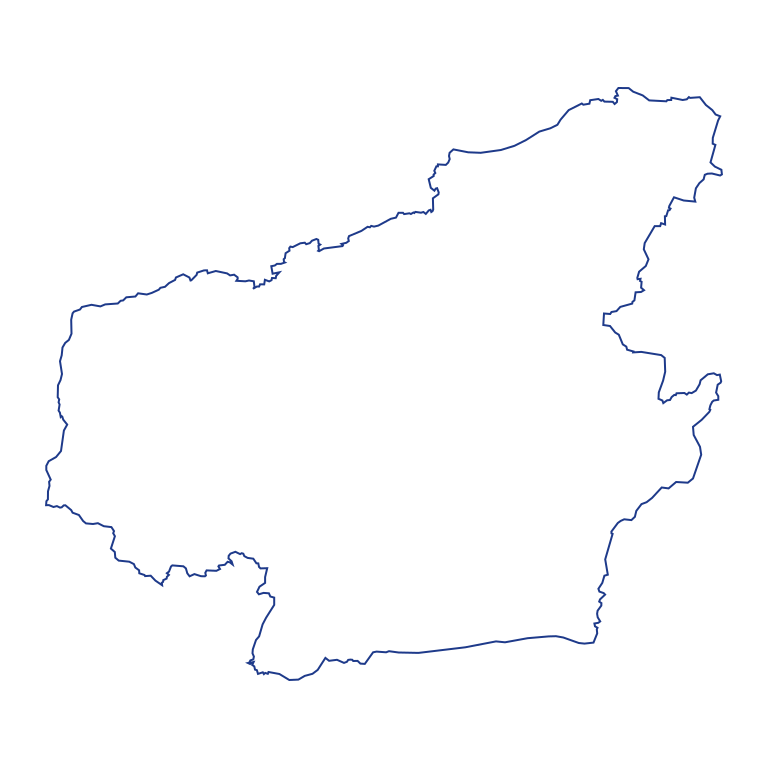 Magetan, Jawa Timur, Indonesia
{"feature_id": "22746128B43524249433579", "entity_name": "Magetan", "entity_type": "district", "adm_level": 2, "iso_a3": "IDN", "parent_name": "Indonesia", "parent_adm1": "Jawa Timur", "projection": "mercator", "projection_center": [111.326, -7.653], "detail": "fine", "context": "isolated", "style": "outline", "palette": "blue", "viewbox_px": 768, "rotation_deg": 0, "n_neighbors": 0, "source": "geoboundaries", "source_scale": "gbopen_adm2", "svg_char_len": 6057}
<svg xmlns="http://www.w3.org/2000/svg" viewBox="0 0 768 768"><path d="M46.1,505.2L48.9,505.1L53.5,507.0L56.9,506.1L60.0,507.6L61.7,507.3L63.7,505.4L65.4,505.3L71.2,510.1L72.6,512.7L78.9,515.0L83.1,521.0L86.0,523.4L93.0,524.0L97.9,523.2L103.8,526.2L111.4,527.1L114.0,531.1L113.2,533.2L114.9,536.2L110.9,548.6L114.8,552.0L115.3,557.7L118.7,560.6L129.3,561.7L133.9,564.1L135.3,567.5L139.1,570.3L139.3,573.3L144.5,575.0L145.1,576.1L150.7,575.7L155.4,580.6L162.1,585.2L161.8,582.8L163.1,581.8L163.3,580.1L166.6,578.6L166.9,576.8L168.9,574.9L166.9,573.2L169.0,571.6L171.0,566.5L172.3,565.4L183.4,566.3L185.9,568.4L187.3,573.3L189.6,576.3L194.4,574.1L201.0,576.2L204.9,576.3L205.9,575.5L205.3,572.8L206.6,570.4L216.4,570.8L220.0,569.0L218.4,566.4L219.0,565.5L224.8,564.8L227.6,561.8L229.8,562.3L232.6,564.5L231.6,561.3L228.5,558.4L228.7,555.8L230.5,553.6L235.4,551.8L240.1,554.1L241.7,553.2L243.3,553.7L244.3,556.1L247.6,557.9L253.3,558.7L256.4,563.3L258.3,563.4L259.0,566.9L260.5,568.4L267.2,568.2L265.1,577.1L265.1,582.9L259.5,586.7L257.0,591.9L258.9,594.3L263.5,592.9L268.9,593.3L270.3,596.5L274.2,597.6L274.2,604.9L266.1,617.7L262.6,624.4L259.1,636.4L256.0,640.0L252.8,649.4L252.5,653.3L253.9,656.6L253.3,659.4L250.4,660.4L249.2,662.7L248.0,663.0L250.1,664.0L251.4,662.5L253.6,662.0L252.2,664.9L254.3,666.4L255.0,669.6L256.9,670.2L258.0,673.9L262.8,672.3L263.9,674.1L265.2,672.9L267.8,673.8L268.5,672.0L279.4,674.0L289.3,680.0L298.4,679.6L304.7,675.9L312.5,673.8L317.7,669.9L325.4,657.9L329.1,660.8L337.0,659.8L344.0,662.9L346.9,661.8L348.2,659.9L350.5,659.6L352.3,659.8L353.2,661.0L357.6,660.9L360.4,663.6L364.8,663.9L373.1,652.3L376.6,651.6L386.1,652.3L389.0,651.2L398.6,652.5L418.5,652.9L465.3,647.3L496.0,641.4L505.0,642.3L527.6,638.2L548.7,636.4L556.0,636.2L563.3,637.5L578.8,643.0L584.5,643.6L593.5,642.6L597.2,633.4L596.8,629.3L597.5,627.8L595.0,626.3L594.4,623.5L598.3,622.8L600.2,621.4L597.7,617.3L597.1,613.8L597.6,610.7L601.3,605.6L601.4,603.1L599.2,601.6L600.0,599.4L605.1,594.6L603.7,593.1L599.4,591.6L598.4,588.8L602.3,582.9L604.4,575.7L607.8,574.7L605.2,559.4L612.6,533.9L611.5,533.4L611.4,531.6L617.8,523.0L620.7,520.9L624.2,519.3L631.4,520.1L634.9,516.8L636.3,510.9L641.5,504.1L646.6,502.2L652.1,497.9L661.7,487.5L668.6,488.4L676.1,482.0L687.8,482.7L693.0,478.5L701.2,454.7L700.0,446.8L693.7,435.0L693.0,426.8L701.7,419.8L709.3,411.9L710.3,409.8L709.4,409.2L710.4,405.3L712.2,401.8L713.8,400.5L718.3,399.8L718.3,396.2L716.1,392.6L717.7,384.7L720.6,382.7L721.2,381.3L719.8,374.6L717.0,375.1L713.8,373.3L707.8,374.3L700.6,380.3L699.6,384.3L695.9,390.6L691.7,393.1L688.9,392.6L686.8,394.6L684.4,393.0L676.5,393.3L675.8,395.1L674.3,394.9L671.7,397.0L670.0,400.0L667.1,400.3L663.3,403.1L662.4,400.5L658.5,398.8L658.8,392.4L663.1,380.6L665.2,371.7L664.7,357.9L661.2,355.1L641.3,351.9L633.2,352.4L633.5,351.5L627.1,349.7L626.3,346.6L622.8,344.4L618.8,334.7L615.2,332.5L610.0,326.0L603.3,325.0L604.0,313.5L610.2,314.0L611.5,312.0L616.5,311.1L620.3,306.9L632.2,303.6L632.5,301.8L634.4,300.4L635.6,292.3L641.0,292.0L644.0,290.2L641.1,287.7L641.6,281.8L640.0,280.9L640.5,278.8L637.6,279.2L637.3,277.9L639.1,271.7L645.8,266.0L648.5,259.3L643.8,249.3L644.7,243.1L654.7,226.1L660.2,226.1L661.1,223.2L665.1,224.5L664.9,216.3L666.3,216.1L668.1,210.3L669.5,210.2L670.5,208.6L668.9,207.8L669.3,206.0L674.0,197.3L683.7,200.5L695.3,201.6L694.2,197.7L695.9,188.3L699.4,183.1L703.6,179.4L704.8,174.8L707.6,173.7L711.9,173.5L720.1,175.5L721.9,174.4L721.4,169.8L714.9,166.6L710.5,162.4L715.4,144.9L712.7,143.7L712.8,137.9L718.1,120.5L720.2,116.3L715.6,114.5L712.3,110.1L705.9,105.0L699.8,97.2L690.1,97.9L688.9,97.1L686.8,99.3L682.7,100.0L671.4,97.7L671.2,100.0L667.3,100.1L666.4,101.3L649.2,100.4L642.7,95.4L633.2,91.7L628.7,88.1L618.4,88.0L615.9,91.2L617.9,95.6L615.4,96.1L614.5,97.8L617.2,99.2L616.9,102.1L614.6,104.0L612.8,101.8L604.4,101.6L602.8,99.9L601.2,100.8L598.4,99.0L590.2,100.2L589.4,103.7L583.3,104.7L581.8,103.5L568.7,110.1L560.6,119.6L557.4,124.8L550.3,128.3L539.3,131.6L526.1,140.0L514.5,145.8L500.9,150.0L480.7,152.8L468.2,152.3L453.4,149.4L449.6,152.8L449.0,156.0L449.7,159.1L448.2,162.6L445.8,164.9L437.9,164.4L437.9,166.3L436.4,166.3L434.3,170.8L435.3,173.0L433.6,174.6L433.7,176.0L428.7,179.2L430.8,187.8L434.4,190.7L435.7,188.6L437.1,188.2L438.7,192.4L438.4,194.3L432.9,198.3L433.2,209.6L432.5,211.2L431.3,212.0L430.5,209.8L428.8,210.4L425.8,213.9L423.4,212.0L421.0,212.7L415.3,211.9L414.3,213.0L413.4,212.5L410.9,214.0L409.4,213.3L404.1,214.1L403.0,212.8L398.5,212.8L396.0,217.6L390.8,218.8L378.3,225.6L374.0,226.6L371.2,225.9L369.9,227.3L367.6,226.8L361.4,230.9L349.0,236.1L348.2,238.4L348.8,241.0L346.3,242.8L341.5,243.9L343.0,245.2L342.5,246.1L323.9,248.5L319.1,251.2L318.2,250.8L318.9,250.1L318.4,245.9L320.2,244.6L318.6,243.7L318.2,239.8L316.4,239.0L312.0,240.7L309.8,243.1L306.2,244.2L304.8,242.7L300.3,243.3L292.7,247.1L290.4,246.6L289.2,248.2L289.5,250.7L285.6,253.2L284.9,258.1L283.7,259.2L284.0,262.0L284.9,262.5L280.8,263.9L276.9,263.9L274.8,265.5L271.3,266.2L272.6,273.7L279.4,272.3L276.2,275.8L275.7,278.2L272.0,278.0L271.5,280.2L269.2,281.4L264.9,279.8L264.2,284.4L260.1,284.3L259.1,286.5L256.9,286.5L253.1,288.8L254.5,287.0L253.8,281.3L249.0,280.5L245.4,281.3L236.4,280.8L237.7,278.8L237.6,277.3L234.1,274.7L230.1,275.4L227.1,273.4L215.8,271.0L207.8,273.3L207.0,270.3L204.0,270.4L197.2,272.6L196.6,274.9L191.3,280.3L190.5,280.5L189.4,277.5L183.2,274.3L175.9,277.5L175.1,279.9L169.0,283.1L165.0,286.8L160.4,287.8L158.8,289.7L151.8,292.9L146.8,294.5L138.1,293.3L135.4,296.5L126.3,297.3L123.2,300.4L120.6,300.8L117.8,303.5L105.2,304.4L100.4,306.4L91.5,304.8L81.9,307.0L80.0,309.5L74.0,311.6L72.6,313.3L71.2,319.7L71.5,333.7L68.9,339.9L65.2,342.9L62.5,347.5L61.7,355.3L60.0,361.2L62.0,374.0L60.5,380.1L58.0,385.3L57.7,397.2L59.2,399.4L58.6,402.3L59.6,404.5L58.6,410.6L59.9,412.6L60.7,416.9L61.5,416.1L62.3,416.7L63.2,419.6L67.2,424.6L63.9,430.5L61.0,451.0L56.1,457.0L48.7,461.2L46.3,465.8L46.3,470.0L50.7,479.6L49.1,481.8L49.5,485.9L48.0,491.3L47.9,499.4L46.4,501.2L46.1,505.2Z" fill="none" stroke="#1e3a8a" stroke-width="2"/></svg>